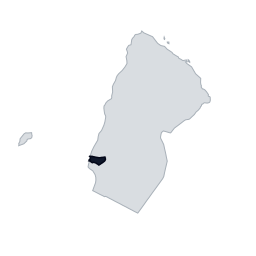 Qishn, Al Mahrah, Yemen shown in context, rotated 136°
{"feature_id": "15242507B46563890594581", "entity_name": "Qishn", "entity_type": "district", "adm_level": 2, "iso_a3": "YEM", "parent_name": "Yemen", "parent_adm1": "Al Mahrah", "projection": "equal_earth", "projection_center": [51.542, 15.673], "detail": "fine", "context": "in_parent", "style": "filled", "palette": "ink", "viewbox_px": 256, "rotation_deg": 136, "n_neighbors": 0, "source": "geoboundaries", "source_scale": "gbopen_adm2", "svg_char_len": 4637}
<svg xmlns="http://www.w3.org/2000/svg" viewBox="0 0 256 256"><g transform="rotate(136 128 128)"><path d="M196.9,107.5L189.3,111.2L187.3,112.8L185.5,114.8L184.1,117.2L183.1,121.6L183.9,125.6L183.8,127.7L181.8,129.2L180.0,130.2L178.0,131.7L176.7,132.1L175.7,133.4L174.5,134.2L170.2,136.5L165.6,138.2L158.2,140.3L155.3,142.6L152.7,144.2L148.7,144.6L143.3,146.8L140.3,148.5L136.5,151.3L135.7,152.2L135.0,154.3L133.8,156.1L131.6,159.0L129.9,160.5L128.7,160.6L126.5,161.4L123.9,161.6L119.5,160.6L118.4,161.3L117.5,162.4L114.1,164.5L110.6,168.5L108.1,169.6L104.0,170.8L101.2,172.5L99.3,173.2L96.8,173.5L92.2,173.4L87.9,174.0L83.9,175.1L82.0,177.3L79.8,180.7L76.3,182.1L75.5,183.3L74.4,185.8L72.1,186.5L70.1,186.9L68.0,185.8L64.0,188.9L62.5,189.4L60.2,189.5L58.6,190.1L57.4,189.9L56.0,188.7L52.9,187.3L50.7,188.2L50.5,185.4L46.9,176.6L47.8,168.9L47.8,167.9L47.1,164.5L45.0,161.3L45.1,157.4L44.4,154.6L43.8,151.7L44.0,150.9L44.1,150.2L43.0,145.8L42.6,144.9L42.5,143.9L42.9,143.2L42.9,142.4L42.3,141.0L41.7,138.4L38.7,136.4L39.4,134.5L40.0,135.1L40.7,135.7L40.9,134.5L40.9,133.5L39.8,127.8L41.7,120.1L41.2,113.2L44.1,110.4L44.8,109.5L45.3,108.8L46.0,107.2L46.9,106.7L47.2,105.0L47.2,104.2L46.6,103.5L46.2,101.6L46.4,99.1L46.6,98.1L46.9,96.2L47.9,95.5L48.1,95.0L47.4,93.8L47.5,93.1L49.2,91.1L49.9,90.5L51.0,89.9L51.8,89.9L52.8,90.3L53.6,90.8L54.5,91.8L55.4,93.0L56.7,93.4L57.7,93.3L58.4,93.8L59.1,93.5L59.8,92.9L61.0,93.0L62.1,92.3L65.1,92.0L68.0,92.2L71.0,91.6L74.0,91.7L77.0,91.7L77.7,91.8L78.4,92.1L80.9,93.9L82.9,94.3L86.8,94.7L90.9,95.2L94.6,95.7L97.6,95.3L100.2,94.9L100.9,95.0L101.6,96.1L103.1,98.8L104.6,101.3L107.1,101.5L108.7,100.5L110.5,99.2L111.6,98.1L112.9,94.0L113.8,91.3L115.7,88.3L117.2,85.8L119.3,82.4L120.5,80.6L122.8,76.9L125.0,75.5L129.2,72.8L133.3,70.1L135.9,68.3L138.2,67.5L142.0,66.8L146.5,66.0L151.0,65.2L155.7,64.4L161.0,63.4L164.7,62.8L169.3,61.9L173.2,61.2L176.6,60.6L180.1,60.0L180.8,62.0L181.5,64.0L182.1,66.0L182.8,68.0L183.5,70.1L184.1,72.1L184.8,74.1L185.5,76.1L186.1,78.1L186.8,80.2L187.5,82.2L188.2,84.2L188.8,86.2L189.5,88.3L190.2,90.3L190.8,92.3L191.5,94.3L192.6,94.9L193.2,96.8L194.2,99.5L195.1,102.2L196.0,104.9L196.9,107.5ZM207.5,189.5L208.4,189.8L209.8,189.0L213.9,189.0L218.9,191.2L218.0,191.8L217.4,192.7L215.2,193.4L213.1,195.2L206.8,196.0L205.0,195.6L203.4,193.9L200.6,191.6L201.7,190.2L202.0,189.6L202.4,189.0L204.0,187.9L205.6,188.1L207.5,189.5ZM40.3,162.2L40.1,162.6L39.9,162.5L38.9,161.4L40.0,160.2L40.5,161.3L40.3,162.2ZM37.7,134.9L37.3,135.4L37.1,134.6L37.5,132.8L38.0,132.3L38.3,133.6L38.1,134.3L37.7,134.9ZM39.8,167.6L38.8,168.3L39.5,166.6L40.2,166.3L40.4,166.4L39.8,167.6Z" fill="#d9dde1" stroke="#a8b0b8" stroke-width="1"/><path d="M164.8,123.2L165.0,123.3L166.4,124.3L167.6,125.3L168.1,125.6L169.2,126.4L169.3,126.5L169.6,126.8L170.1,127.6L170.3,127.9L170.6,128.2L171.7,129.7L172.0,130.2L172.9,131.5L173.4,132.3L173.5,132.6L174.0,133.0L174.3,133.4L174.4,133.5L174.5,133.6L174.8,133.9L175.0,134.1L175.2,134.3L175.3,134.3L175.3,134.2L175.2,134.0L175.1,133.9L175.0,133.7L175.0,133.4L175.1,133.2L175.3,133.0L175.4,132.9L175.5,132.8L175.7,132.7L175.9,132.6L176.0,132.5L176.2,132.4L176.3,132.3L176.6,132.2L177.0,132.0L177.5,131.8L177.7,131.7L177.8,131.7L177.9,131.8L178.0,131.8L178.1,132.0L178.3,132.0L178.3,131.9L178.2,131.9L178.3,131.7L178.2,131.6L178.2,131.4L178.3,131.4L178.4,131.2L178.5,131.2L178.4,131.1L178.5,131.1L178.4,130.9L178.4,130.7L178.3,130.4L178.2,130.3L178.2,130.2L178.2,129.9L178.2,129.7L178.1,129.4L178.1,129.2L178.0,128.9L178.0,128.7L177.9,128.5L177.9,128.4L177.9,128.2L177.8,127.9L177.7,127.9L177.5,127.7L177.4,127.7L177.2,127.5L176.9,127.5L176.8,127.4L176.7,127.4L176.5,127.2L176.4,127.0L176.4,126.9L176.3,126.7L176.2,126.6L176.1,126.4L176.0,126.2L175.9,126.1L175.8,125.9L175.7,125.8L175.7,125.7L175.5,125.4L175.4,125.3L175.4,125.2L175.4,124.9L175.4,124.7L175.4,124.4L175.2,124.2L175.1,123.9L175.1,123.7L175.0,123.4L174.9,123.3L174.9,123.2L174.9,122.9L174.9,122.7L174.8,122.4L174.8,122.2L174.8,121.9L174.8,121.7L174.7,121.6L174.4,121.5L174.2,121.5L174.0,121.4L173.9,121.4L173.7,121.4L173.4,121.3L173.2,121.3L172.9,121.2L172.7,121.2L172.4,121.2L172.2,121.1L171.9,121.1L171.7,121.0L171.4,121.0L171.3,120.9L171.2,120.9L170.9,120.9L170.7,120.8L170.4,120.8L170.2,120.8L170.1,120.7L169.9,120.7L169.7,120.7L169.4,120.7L169.2,120.6L168.9,120.6L168.7,120.6L168.4,120.5L168.2,120.5L167.9,120.5L167.7,120.5L167.4,120.6L167.2,120.6L166.9,120.7L166.7,120.8L166.4,120.9L166.4,121.0L166.2,121.0L165.9,121.3L165.7,121.5L165.6,121.8L165.4,122.0L165.3,122.3L165.2,122.3L165.2,122.5L165.0,122.8L164.9,122.9L164.9,123.0L164.8,123.2Z" fill="#0f172a" stroke="#020617" stroke-width="1.5"/></g></svg>